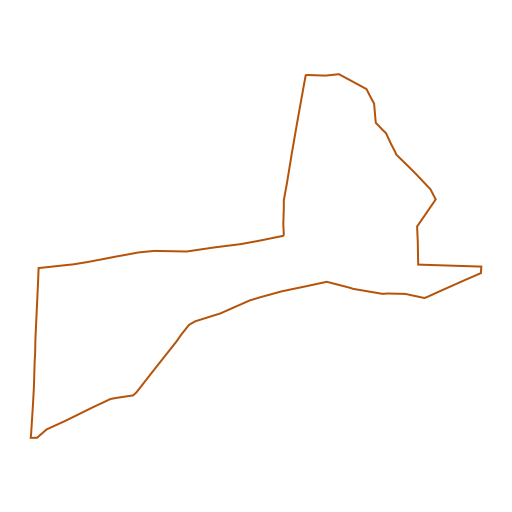 the district of Bayangol, Ulaanbaatar, Mongolia
{"feature_id": "93677404B56181077288727", "entity_name": "Bayangol", "entity_type": "district", "adm_level": 2, "iso_a3": "MNG", "parent_name": "Mongolia", "parent_adm1": "Ulaanbaatar", "projection": "albers", "projection_center": [106.848, 47.91], "detail": "fine", "context": "isolated", "style": "outline", "palette": "amber", "viewbox_px": 512, "rotation_deg": 0, "n_neighbors": 0, "source": "geoboundaries", "source_scale": "gbopen_adm2", "svg_char_len": 1168}
<svg xmlns="http://www.w3.org/2000/svg" viewBox="0 0 512 512"><path d="M417.1,226.5L427.9,210.8L435.7,199.4L430.4,189.2L428.0,186.7L414.5,172.5L396.3,154.6L395.0,151.6L391.0,143.9L385.9,133.0L383.1,130.4L375.9,122.9L375.6,121.3L374.1,103.6L370.3,96.6L366.5,89.1L351.0,80.7L339.6,74.6L339.0,74.2L325.6,75.6L307.4,75.0L305.7,75.3L303.7,86.2L297.7,119.5L291.8,153.4L286.9,183.4L283.8,200.4L283.8,209.0L283.3,224.1L283.8,234.5L283.2,235.8L259.9,240.6L240.8,244.1L214.5,247.4L186.7,251.5L154.4,250.9L138.7,252.4L129.7,254.1L115.3,256.7L87.2,262.1L73.0,264.4L67.0,265.0L41.1,267.8L38.6,268.1L38.1,281.1L36.9,307.0L35.4,339.2L35.1,354.7L34.7,360.5L33.9,387.5L32.9,405.6L31.1,434.1L30.7,437.8L37.0,437.8L46.6,429.4L65.2,420.9L92.6,407.4L108.1,400.1L110.4,399.0L117.0,397.8L133.1,395.4L136.4,392.4L151.3,373.3L176.6,341.3L181.4,334.4L189.1,324.8L195.2,321.3L213.0,315.7L219.9,313.6L249.5,300.5L260.4,297.2L281.9,291.3L307.8,285.9L326.7,281.8L348.6,287.4L353.4,288.9L368.7,291.5L382.8,293.9L387.1,293.5L405.2,293.9L424.3,298.0L426.2,297.4L441.2,290.6L466.6,279.3L480.9,273.1L481.3,266.6L418.2,264.6L417.8,242.6L417.1,226.5Z" fill="none" stroke="#b45309" stroke-width="2"/></svg>